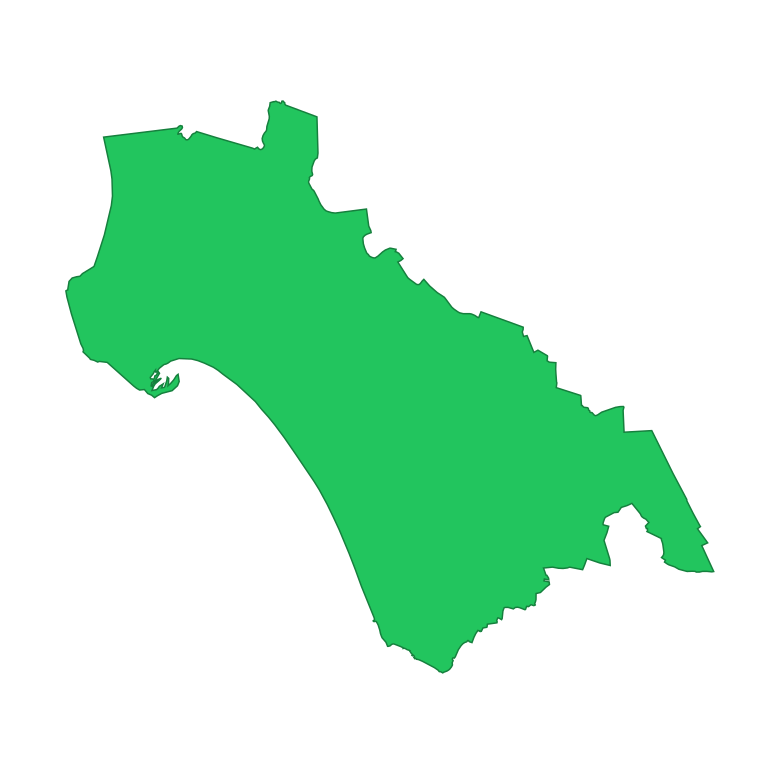 the district of San Bernardo Del Viento, Córdoba, Colombia, rotated 263°
{"feature_id": "7082276B36183297139579", "entity_name": "San Bernardo Del Viento", "entity_type": "district", "adm_level": 2, "iso_a3": "COL", "parent_name": "Colombia", "parent_adm1": "Córdoba", "projection": "orthographic", "projection_center": [-75.988, 9.323], "detail": "fine", "context": "isolated", "style": "filled", "palette": "green", "viewbox_px": 768, "rotation_deg": 263, "n_neighbors": 0, "source": "geoboundaries", "source_scale": "gbopen_adm2", "svg_char_len": 6130}
<svg xmlns="http://www.w3.org/2000/svg" viewBox="0 0 768 768"><g transform="rotate(263 384 384)"><path d="M657.3,350.0L672.8,320.3L673.9,319.7L675.2,319.8L676.0,319.0L676.9,318.6L677.1,318.2L677.2,317.2L675.8,316.5L675.1,315.9L675.0,315.6L675.3,315.0L676.3,314.4L676.7,312.8L677.9,311.2L677.5,309.2L677.7,308.8L677.1,305.3L673.6,304.4L670.4,302.7L669.5,302.4L663.7,302.8L661.3,302.4L654.0,299.2L650.4,298.4L649.4,297.8L647.5,295.8L645.3,294.2L642.5,293.0L640.0,293.0L637.9,293.6L635.9,294.4L634.7,294.2L633.4,293.3L632.2,292.0L631.7,290.6L631.7,290.1L631.9,289.4L632.7,288.4L634.4,287.3L633.4,284.9L632.9,284.3L634.1,282.3L648.8,248.0L657.4,228.7L656.2,227.4L655.7,225.1L654.9,223.8L653.3,222.6L651.0,220.2L650.5,219.3L650.3,218.2L650.7,217.1L652.5,216.0L653.7,214.4L654.8,213.9L656.8,213.6L657.4,213.3L657.5,212.7L657.0,210.4L657.1,209.9L657.9,210.1L659.5,211.2L661.9,214.4L663.1,215.2L664.6,215.1L665.3,213.4L664.8,211.9L663.4,210.1L663.2,209.4L663.2,135.8L629.0,138.9L620.5,139.0L603.6,137.4L594.3,135.1L566.0,124.6L545.4,115.1L536.0,110.5L530.3,98.1L528.0,95.4L527.9,91.9L527.2,87.4L524.2,83.9L515.8,81.5L515.6,80.3L515.2,79.6L509.0,79.9L491.7,82.3L460.7,88.0L455.9,89.7L453.8,89.8L452.6,89.2L445.5,95.0L444.2,95.6L442.8,99.2L440.7,102.5L441.1,104.3L439.2,111.9L412.4,135.4L409.9,137.9L407.8,140.7L407.7,145.5L403.3,148.4L401.2,152.0L398.4,154.6L400.1,158.0L401.8,162.3L403.2,172.9L407.4,178.8L411.4,181.0L418.7,180.8L417.6,179.0L413.7,175.8L410.4,172.1L408.6,169.5L411.9,170.4L415.8,171.0L417.2,169.8L413.5,168.7L408.0,166.1L407.4,165.4L407.3,162.7L411.0,164.8L409.1,160.8L407.2,159.1L406.1,157.5L405.8,152.9L410.1,155.3L412.1,157.0L415.1,161.5L416.9,163.7L416.0,160.1L412.4,154.8L409.8,153.6L410.5,152.6L413.7,153.6L415.6,157.6L422.0,162.5L423.6,161.6L420.5,159.0L420.0,157.6L417.9,156.8L416.3,155.7L417.2,155.0L417.6,153.0L419.1,152.8L422.3,156.2L424.3,157.5L425.6,158.8L424.1,158.5L423.4,159.2L424.6,160.6L427.0,162.9L430.1,167.9L430.5,170.5L431.2,172.4L432.7,175.0L434.3,183.6L432.2,196.2L429.9,202.1L426.6,208.3L421.4,216.7L417.8,221.0L413.3,225.4L401.5,237.9L382.2,254.2L373.8,259.4L365.3,265.3L356.5,270.8L343.1,278.4L325.9,287.4L295.9,302.7L287.1,306.8L271.3,313.0L258.4,317.4L244.8,321.8L219.8,328.8L203.5,332.9L186.1,336.9L153.0,345.8L151.0,345.8L150.3,344.4L149.8,344.5L149.4,345.1L149.4,347.0L149.0,347.5L145.6,348.8L140.3,349.8L136.7,350.1L134.0,350.7L132.3,351.2L127.4,354.5L123.2,355.6L123.1,356.5L123.4,358.2L124.6,359.9L124.9,361.1L124.7,362.3L121.4,368.5L119.5,371.4L119.2,371.1L119.2,371.3L119.3,371.4L119.0,372.6L117.5,374.6L116.4,377.0L116.2,377.2L116.0,376.9L113.1,378.4L111.9,379.3L111.2,378.7L110.8,379.3L111.4,379.8L110.1,380.9L109.5,380.9L109.0,380.3L107.7,381.1L108.0,381.4L107.9,381.9L106.8,382.7L106.8,383.1L106.1,385.0L104.0,388.5L96.4,399.4L93.5,402.7L91.8,403.8L91.4,405.4L90.1,407.1L90.7,408.4L91.4,411.5L92.2,413.2L92.9,414.4L95.0,416.5L96.8,417.7L99.0,417.7L101.0,418.9L102.4,418.3L103.3,418.6L103.8,419.3L103.4,420.4L104.5,421.5L111.2,425.4L114.9,428.6L116.5,430.5L117.6,432.6L118.0,434.6L119.2,435.9L119.1,436.4L117.8,437.3L116.6,439.8L121.6,442.4L125.0,444.6L128.0,447.2L126.9,448.8L127.3,448.8L126.7,450.5L129.8,452.5L130.0,456.4L131.1,456.9L133.0,457.3L133.2,467.0L134.1,467.3L135.8,467.1L138.0,468.5L137.8,469.3L135.8,472.0L136.8,472.7L144.3,474.4L147.2,475.9L147.5,476.8L147.2,479.9L145.0,485.0L146.2,487.0L146.2,489.4L145.4,491.5L142.8,496.4L143.0,497.0L145.9,498.4L145.9,499.1L145.4,499.8L145.6,500.7L146.9,502.7L147.0,503.1L145.8,505.6L146.0,506.8L146.3,507.2L147.5,506.8L150.1,508.1L151.6,508.6L157.5,509.4L158.0,513.9L162.6,520.0L164.8,523.8L167.4,523.8L169.1,518.8L170.9,519.4L169.5,523.7L171.2,523.7L172.6,523.1L174.3,522.3L174.5,521.5L181.9,519.9L181.7,528.9L179.9,534.7L179.1,539.2L179.1,543.6L179.6,545.9L175.5,558.5L179.9,561.0L186.0,564.1L180.1,576.3L176.3,586.4L181.5,586.8L183.5,586.6L202.0,583.3L209.3,587.2L215.4,589.7L217.5,584.5L218.3,584.3L220.0,584.8L223.7,586.6L224.8,587.6L228.3,596.7L228.2,600.6L232.6,604.5L233.7,610.4L235.3,615.5L224.1,622.5L221.5,623.4L220.6,624.0L219.2,625.5L218.0,627.4L214.3,630.0L211.1,626.2L208.5,626.8L208.4,627.9L206.4,627.7L205.5,627.0L196.8,640.5L195.9,640.3L192.6,641.0L190.9,641.2L182.9,641.3L180.6,640.7L179.4,639.9L177.9,638.3L174.8,641.9L173.1,640.7L170.8,643.3L169.8,644.7L167.1,650.2L164.2,654.1L161.0,662.0L160.6,667.2L160.2,669.5L160.0,670.2L159.3,670.9L158.9,674.3L159.2,677.3L158.7,681.5L157.6,686.5L157.7,688.4L184.9,679.7L186.9,685.9L202.1,677.5L203.9,680.7L205.4,680.0L218.1,675.0L230.9,670.4L232.6,670.4L260.1,659.9L305.1,644.1L306.9,616.4L328.6,618.1L331.8,619.3L332.5,618.8L332.8,615.5L332.6,610.9L329.5,596.6L327.2,592.1L326.8,590.3L326.9,589.7L327.5,588.9L330.1,587.1L330.4,586.7L330.4,585.8L331.1,584.9L332.2,585.0L333.3,583.9L335.0,583.8L335.3,583.5L335.7,583.0L336.5,579.8L336.8,579.2L338.5,578.1L338.6,577.4L348.4,577.9L348.7,577.7L359.4,554.5L364.0,555.7L365.1,555.5L373.4,555.9L377.7,556.2L384.2,557.2L385.5,550.8L387.2,548.7L391.6,549.7L392.1,549.6L398.8,540.9L397.1,536.6L414.6,531.9L414.2,528.3L418.8,527.6L421.1,528.7L423.4,529.1L443.8,489.1L438.4,486.1L438.5,485.4L441.0,482.5L442.8,479.4L443.3,477.8L444.1,471.3L445.4,467.8L446.7,466.0L449.8,462.6L451.9,460.7L462.7,454.5L468.2,448.0L475.7,441.3L483.0,436.3L481.8,434.7L479.5,432.5L478.5,431.1L478.5,430.0L478.8,428.6L484.9,422.1L486.7,420.5L503.4,412.6L504.5,415.7L506.1,418.2L512.0,414.6L513.6,412.4L514.0,411.3L515.4,412.1L516.2,412.4L517.9,407.4L518.1,406.3L516.8,401.6L515.2,398.6L511.6,393.5L510.2,390.5L510.5,388.9L511.2,387.3L512.7,385.1L514.5,384.2L515.5,383.2L516.5,382.7L521.5,381.3L525.7,380.6L530.9,380.7L532.0,381.1L532.7,381.7L534.0,383.4L534.8,385.4L535.8,389.7L537.8,389.6L542.6,388.1L559.8,387.9L559.6,356.5L560.5,352.8L562.2,348.9L562.9,347.6L565.0,345.7L569.7,343.1L573.4,341.8L575.7,341.2L583.8,338.2L584.9,337.6L586.0,336.4L587.9,335.6L592.7,333.8L593.7,333.8L595.0,334.1L595.5,334.6L596.7,335.1L598.1,335.1L599.0,336.3L599.6,338.0L600.2,338.5L600.8,338.7L603.5,338.3L605.0,338.4L608.1,339.0L613.7,341.8L615.1,342.9L615.7,343.5L616.5,345.4L621.2,346.6L657.3,350.0Z" fill="#22c55e" stroke="#15803d" stroke-width="1.5"/></g></svg>